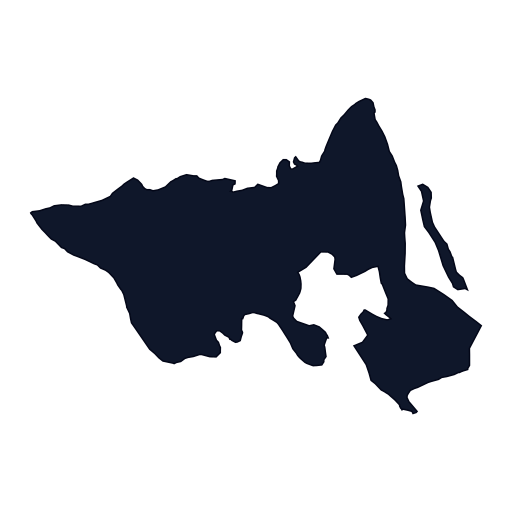 the district of Tahta, Suhaj, Egypt
{"feature_id": "37247803B8272861874741", "entity_name": "Tahta", "entity_type": "district", "adm_level": 2, "iso_a3": "EGY", "parent_name": "Egypt", "parent_adm1": "Suhaj", "projection": "albers", "projection_center": [31.471, 26.785], "detail": "fine", "context": "isolated", "style": "filled", "palette": "ink", "viewbox_px": 512, "rotation_deg": 0, "n_neighbors": 0, "source": "geoboundaries", "source_scale": "gbopen_adm2", "svg_char_len": 5976}
<svg xmlns="http://www.w3.org/2000/svg" viewBox="0 0 512 512"><path d="M481.3,325.7L476.0,321.5L474.9,320.7L468.9,316.2L464.5,312.6L457.3,307.0L452.1,300.5L443.8,294.6L438.3,291.1L434.0,288.4L427.9,287.1L427.3,287.0L415.7,285.0L412.0,282.5L407.2,278.8L404.5,273.2L404.4,265.9L405.1,253.5L405.2,243.5L404.7,236.8L404.5,232.9L404.6,231.8L405.5,225.1L405.1,217.3L403.8,198.7L402.7,194.4L401.3,186.0L400.8,181.9L398.6,175.8L397.7,170.4L396.3,165.5L394.6,162.2L392.2,156.0L389.3,151.5L387.5,144.3L384.8,136.8L382.0,131.2L378.7,125.8L376.7,122.0L375.1,119.6L374.4,115.5L374.0,113.1L375.0,112.0L375.0,109.8L373.9,107.0L373.0,102.7L370.6,100.0L368.9,99.3L366.5,98.7L365.4,98.5L359.0,101.5L355.8,103.5L354.8,104.5L351.6,106.6L348.5,109.7L344.2,114.8L341.0,117.9L337.8,123.0L335.7,125.1L333.6,129.2L332.5,131.3L330.3,136.5L328.1,141.7L326.0,146.8L324.9,150.0L324.8,151.0L323.5,153.1L322.4,154.8L321.6,156.2L320.5,160.3L319.4,162.4L314.2,162.9L311.1,163.3L304.9,163.2L301.8,162.1L300.8,162.1L298.7,161.0L295.7,156.8L294.6,157.8L293.5,161.9L294.5,164.0L296.6,165.1L297.6,166.2L292.3,169.2L291.3,169.2L290.3,168.1L289.3,166.0L289.4,161.9L286.3,159.7L283.2,159.7L282.1,160.8L280.0,162.8L277.9,166.9L277.8,167.9L276.7,171.0L276.7,174.2L276.6,176.3L278.6,180.5L278.6,182.6L278.6,183.6L275.4,185.6L271.2,187.7L267.1,187.6L257.8,184.3L256.8,185.3L254.7,187.4L247.4,188.3L242.2,190.3L237.0,191.2L235.0,191.7L232.8,192.2L231.8,191.2L230.7,191.1L231.8,190.1L232.9,184.9L235.0,183.9L235.1,181.8L235.1,180.8L224.8,178.5L222.7,179.5L212.3,180.4L209.2,181.4L207.1,181.3L204.0,180.2L202.7,179.7L201.7,179.3L198.8,178.1L197.8,177.0L196.8,175.9L193.7,175.9L186.5,174.7L180.2,176.7L177.1,178.7L176.0,178.7L172.9,180.7L170.8,181.8L168.6,183.9L165.5,186.9L158.2,189.9L153.0,190.8L151.3,190.2L149.9,189.7L146.8,189.7L144.7,188.6L143.7,187.5L142.7,186.5L142.2,185.5L141.7,184.4L140.7,183.3L137.6,180.1L135.6,179.1L133.5,178.0L130.4,180.0L127.2,182.0L124.1,184.1L122.0,186.1L117.8,189.2L112.5,193.3L110.4,196.4L106.2,198.4L102.0,200.4L88.4,204.3L85.3,204.3L81.1,206.3L77.0,206.2L72.8,206.2L68.7,205.1L61.4,204.9L54.2,205.8L50.0,207.9L45.8,208.8L39.6,210.8L32.3,211.7L30.7,212.9L31.0,213.6L32.1,214.7L34.1,217.8L36.1,221.0L37.1,223.1L42.1,229.5L45.2,232.6L47.2,234.8L49.2,236.9L51.3,239.0L55.4,241.2L56.7,242.5L61.5,247.5L64.6,248.6L67.6,251.8L69.7,252.9L73.8,255.1L76.9,256.2L85.1,259.4L94.3,263.8L97.4,264.9L100.5,268.0L105.6,270.2L108.7,272.4L109.7,273.4L112.7,276.6L113.8,277.7L116.8,282.9L117.8,285.0L120.8,289.3L121.8,290.4L123.8,294.5L126.7,306.1L126.7,307.1L129.7,313.4L130.6,318.7L131.5,322.8L136.1,329.4L149.7,349.2L154.8,353.5L158.9,357.8L162.9,361.0L173.3,363.2L174.1,363.6L176.5,362.4L180.7,361.5L184.9,358.4L188.0,357.4L193.3,356.5L196.4,355.5L199.5,354.5L201.6,354.5L205.7,355.6L209.8,356.7L212.9,356.8L214.0,356.8L216.1,356.9L218.2,354.8L220.3,352.7L220.3,350.7L220.4,347.5L219.4,345.4L218.4,342.3L216.4,340.2L214.4,334.9L214.4,333.9L216.6,330.8L218.1,330.8L219.7,330.8L222.7,333.0L224.8,335.1L228.9,337.2L229.9,339.3L230.9,339.4L231.9,340.4L234.0,341.5L235.5,342.3L237.3,342.0L240.2,340.6L241.3,336.4L242.4,333.3L242.5,332.3L241.5,330.1L241.5,329.1L241.6,324.9L241.6,323.9L241.7,318.7L242.7,318.7L243.8,315.6L244.9,314.5L249.1,313.6L252.2,312.6L254.3,312.6L257.2,313.5L258.4,313.7L259.5,314.0L263.5,315.0L264.2,315.2L266.6,316.1L268.5,316.9L270.0,318.2L271.7,319.2L273.7,320.4L276.9,322.4L278.8,324.6L279.1,325.2L282.0,329.5L282.9,330.9L284.9,334.1L286.7,336.9L287.2,337.7L290.4,342.9L292.8,348.6L293.2,349.2L293.6,349.7L296.4,353.2L296.8,353.9L297.7,355.4L299.4,357.4L301.0,358.9L304.0,361.5L304.9,362.3L306.5,363.2L307.2,363.5L312.6,365.5L313.4,365.7L314.2,365.6L316.5,365.5L321.8,364.9L323.8,361.8L323.8,359.7L326.0,356.6L325.3,351.6L324.9,348.3L324.7,347.0L324.1,345.3L325.2,342.0L326.3,338.9L326.6,337.9L328.2,337.9L327.5,336.1L327.3,335.5L326.4,334.4L326.1,333.7L325.4,332.3L323.4,330.5L319.2,326.9L313.8,324.8L309.2,325.8L305.9,324.6L296.7,321.4L293.6,318.2L292.6,316.1L293.8,310.9L295.0,305.7L293.4,301.6L295.7,300.2L296.7,298.3L297.3,297.3L298.9,294.3L299.6,293.0L300.1,291.4L300.8,288.8L300.9,288.0L301.0,284.0L300.7,280.8L300.3,278.8L300.1,277.7L299.9,276.8L299.3,275.1L299.0,274.4L297.7,272.3L306.0,267.3L320.8,251.9L322.9,251.9L328.0,252.0L332.1,254.2L334.8,257.0L335.1,259.4L333.9,268.8L336.9,274.1L341.1,274.1L347.3,274.2L349.3,275.3L351.3,277.3L356.6,275.4L360.7,273.4L364.9,271.4L368.1,269.4L372.3,267.4L378.0,266.3L379.4,271.7L380.3,277.9L381.3,283.2L382.3,284.2L385.8,293.1L388.2,298.9L388.1,305.2L387.0,308.3L386.9,310.4L385.9,312.5L384.6,313.3L385.8,314.5L389.9,317.7L390.9,318.8L387.8,319.8L386.7,319.8L381.6,318.6L376.5,316.5L372.4,314.3L367.2,311.2L365.2,310.0L364.2,310.0L363.1,312.1L361.0,314.1L358.8,317.2L359.8,320.4L362.8,325.6L367.8,335.1L362.5,342.3L354.0,345.8L366.2,364.6L367.3,367.8L369.1,373.1L369.7,375.3L371.1,380.4L372.3,381.3L375.2,383.6L381.3,390.0L383.3,391.0L388.5,394.2L390.8,396.3L394.6,399.6L395.6,400.6L396.6,401.7L398.6,403.8L399.6,404.9L399.6,405.9L400.6,408.0L401.6,409.1L402.0,409.8L402.7,409.1L407.8,410.2L412.0,411.4L413.0,413.5L416.1,412.5L417.1,411.4L410.0,403.0L409.0,401.9L408.0,399.8L407.0,397.7L407.1,395.6L408.2,393.5L410.3,390.4L414.5,388.4L417.6,387.4L428.1,382.4L431.2,381.4L438.5,379.4L441.7,377.4L446.9,376.5L454.2,374.5L458.3,372.5L459.4,372.5L461.5,371.5L463.4,370.8L467.7,369.5L467.7,368.5L469.5,365.4L469.5,362.2L469.5,354.9L469.4,348.3L474.6,338.4L477.9,332.2L480.7,326.8L481.3,325.7ZM467.4,289.7L463.4,279.2L462.7,277.7L459.5,275.3L456.3,272.1L455.5,269.3L452.6,257.4L451.8,256.7L450.0,251.8L448.3,249.2L446.9,244.1L444.1,241.5L442.9,239.8L437.4,231.4L434.5,227.0L432.4,222.3L430.2,212.3L429.4,207.2L429.9,204.0L430.4,200.8L431.3,198.0L431.1,192.3L427.8,187.4L422.7,184.3L418.0,186.1L421.5,191.3L423.6,201.0L420.8,210.2L422.8,219.8L424.4,226.6L428.8,232.4L435.2,242.4L438.6,250.6L443.1,265.6L448.6,277.1L452.5,283.4L453.5,286.8L457.8,289.6L465.1,288.5L467.4,289.7Z" fill="#0f172a" stroke="#020617" stroke-width="1.5"/></svg>